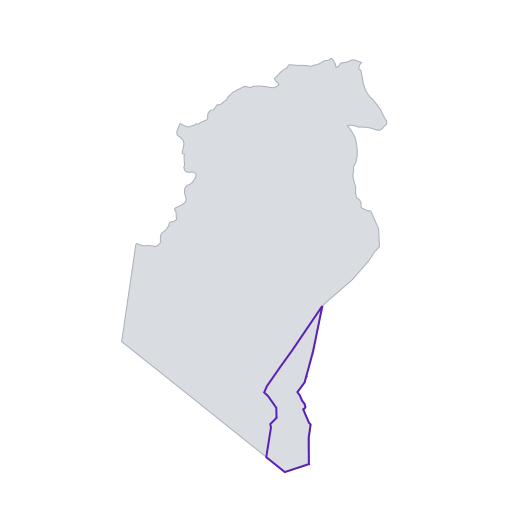 location of Tibesti Ouest, Tibesti, Chad, rotated 189°
{"feature_id": "50815135B44379234996248", "entity_name": "Tibesti Ouest", "entity_type": "district", "adm_level": 2, "iso_a3": "TCD", "parent_name": "Chad", "parent_adm1": "Tibesti", "projection": "robinson", "projection_center": [15.609, 20.194], "detail": "fine", "context": "in_parent", "style": "outline", "palette": "violet", "viewbox_px": 512, "rotation_deg": 189, "n_neighbors": 0, "source": "geoboundaries", "source_scale": "gbopen_adm2", "svg_char_len": 6659}
<svg xmlns="http://www.w3.org/2000/svg" viewBox="0 0 512 512"><g transform="rotate(189 256 256)"><path d="M375.3,150.3L375.4,162.0L375.6,173.7L375.7,185.4L375.9,197.1L376.0,208.7L376.1,220.4L376.3,232.1L376.4,243.8L376.5,247.6L376.2,249.2L376.1,249.4L375.6,249.6L370.2,248.5L367.8,248.5L364.5,249.4L359.6,249.8L356.4,249.7L354.2,251.7L352.5,254.1L353.4,259.9L353.3,261.8L352.6,263.8L351.1,265.5L349.7,266.9L348.8,268.1L347.7,270.7L346.9,271.9L347.0,273.6L346.7,275.3L345.8,276.2L343.5,276.9L342.1,277.6L340.9,278.9L340.1,279.8L340.5,281.0L341.1,282.7L341.5,285.3L341.7,286.8L342.9,288.0L343.5,288.9L343.8,290.0L343.1,290.9L340.4,292.8L339.2,293.5L338.0,294.4L337.5,294.8L335.5,296.6L334.4,298.1L333.9,299.5L334.0,301.3L335.0,304.0L336.2,306.3L336.6,308.1L336.9,310.0L336.8,311.8L336.2,313.3L335.2,314.8L331.4,317.4L329.5,320.4L328.0,323.9L327.7,325.9L328.1,327.2L328.9,328.3L330.0,328.8L331.7,329.0L334.5,328.4L337.0,328.0L339.8,329.3L341.2,332.3L340.7,334.5L341.7,338.4L342.7,343.2L342.6,344.8L343.0,345.4L344.7,345.7L345.1,346.8L344.6,355.2L345.4,357.6L346.6,359.2L347.9,360.1L349.2,361.2L349.9,362.0L351.4,362.2L353.1,363.7L353.6,365.8L353.5,367.7L352.5,372.0L351.7,374.8L350.8,374.7L348.7,373.9L346.3,373.3L343.3,372.8L340.5,374.0L337.4,375.5L336.4,376.6L335.6,377.3L334.2,377.2L333.0,377.4L332.3,378.5L331.2,379.6L326.8,382.1L325.8,383.0L325.3,383.9L325.3,384.8L325.7,386.8L325.7,389.3L324.8,391.3L323.6,392.7L322.3,393.2L321.2,393.5L320.5,394.3L318.2,398.9L317.2,399.7L315.2,399.6L309.3,406.4L308.8,408.4L306.6,411.3L303.9,414.5L301.5,416.0L301.3,416.6L300.7,417.2L299.2,417.9L294.0,421.8L287.8,421.6L285.1,423.1L282.4,423.8L278.5,424.6L277.3,424.5L272.3,424.8L266.5,424.7L264.2,425.2L262.1,426.7L260.5,428.0L260.3,428.4L260.6,429.0L260.5,429.4L264.6,432.5L265.6,434.1L264.6,435.6L264.1,435.8L263.4,437.1L261.0,440.7L257.3,444.9L255.5,446.1L254.7,446.9L253.7,449.7L253.1,450.1L250.6,450.4L245.6,450.7L238.7,451.7L234.6,452.0L232.0,451.7L228.4,453.6L227.1,454.1L226.3,454.3L222.8,456.2L219.8,459.1L218.7,459.6L214.6,460.9L212.9,462.9L212.1,463.0L209.4,460.4L207.6,458.0L206.7,455.6L206.6,454.8L206.1,454.9L204.6,456.0L203.4,457.2L202.8,459.6L198.4,461.1L194.7,462.5L193.1,464.2L190.5,465.0L187.1,464.7L184.6,464.0L182.0,463.7L183.3,461.6L183.7,460.1L183.8,458.1L183.7,456.8L182.1,456.2L181.2,455.1L179.0,449.1L176.8,442.8L173.7,436.7L170.3,432.8L167.8,430.4L167.0,430.1L165.7,429.3L164.8,428.6L160.3,424.4L155.6,419.8L154.4,417.6L152.1,414.5L149.5,411.2L148.1,409.7L147.5,407.0L149.3,404.6L151.2,401.5L153.6,399.5L156.7,399.3L161.7,400.2L167.2,400.4L172.6,399.8L174.1,399.4L175.4,399.4L178.4,400.1L183.5,400.0L186.1,398.7L183.2,396.6L180.2,393.2L177.4,389.6L175.6,386.2L174.1,381.9L172.6,376.6L171.7,369.8L171.8,365.9L172.3,363.1L173.8,358.6L172.8,355.9L173.0,353.8L172.9,350.6L172.4,349.0L170.4,343.7L170.0,343.2L168.3,339.5L167.5,333.4L165.6,329.4L162.4,327.5L160.6,325.1L159.9,320.9L158.7,319.8L153.7,318.4L149.6,318.3L146.6,313.6L142.7,307.6L139.1,302.0L136.8,290.7L135.5,284.3L137.0,282.3L140.0,277.7L143.8,268.9L152.3,255.4L156.6,248.4L165.3,238.0L176.0,225.3L181.9,218.1L182.9,205.0L183.9,191.2L184.7,180.7L185.7,168.3L186.5,157.9L187.1,150.4L187.9,139.7L188.6,137.6L192.7,129.2L193.1,128.1L192.3,126.7L186.4,119.6L184.5,118.0L183.5,114.3L185.0,112.2L177.9,100.2L176.1,98.8L175.3,97.3L175.3,95.1L175.1,86.9L173.3,73.9L170.8,58.7L179.1,54.4L185.4,51.2L193.5,47.0L201.0,51.3L211.8,57.5L222.6,63.7L233.5,69.8L244.3,76.0L255.2,82.2L266.0,88.4L276.9,94.6L287.8,100.8L298.7,107.0L309.6,113.2L320.6,119.4L331.5,125.6L342.4,131.8L353.4,138.0L364.3,144.2L375.3,150.3Z" fill="#d9dde1" stroke="#a8b0b8" stroke-width="1"/><path d="M214.4,58.9L193.8,47.1L171.3,58.7L171.2,58.7L171.3,58.9L171.4,59.5L171.5,60.5L171.8,61.8L171.8,62.2L171.9,62.7L171.9,62.8L172.1,63.8L172.3,65.1L172.4,65.7L172.8,68.3L173.1,69.9L173.4,71.6L173.8,74.2L173.9,74.8L174.0,74.8L174.0,75.1L174.0,75.3L174.4,77.3L174.5,78.1L174.5,78.3L174.6,78.6L174.6,79.2L175.0,81.3L175.3,83.2L175.3,83.3L175.4,84.3L175.5,84.6L175.6,85.1L175.6,85.4L175.6,85.8L175.6,87.9L175.6,88.4L175.6,88.9L175.6,90.1L175.6,90.6L175.6,90.9L175.6,91.1L175.7,94.5L175.7,97.1L175.7,97.5L175.7,98.1L175.8,98.2L177.4,99.4L177.8,99.7L177.9,99.9L177.9,100.0L178.0,100.2L178.5,100.9L178.7,101.3L179.0,101.7L179.2,102.1L179.3,102.2L179.5,102.6L180.3,103.9L180.6,104.3L180.8,104.6L181.3,105.4L181.5,105.8L181.7,106.1L181.9,106.4L182.0,106.5L182.2,106.8L182.5,107.4L183.0,108.1L184.7,110.8L185.4,112.0L184.7,112.6L184.3,113.0L184.1,113.2L183.9,113.4L183.7,113.7L183.7,113.9L183.6,114.1L183.7,114.5L183.7,114.8L183.8,114.8L183.8,115.0L184.1,115.7L184.3,116.2L184.4,116.4L184.6,116.9L185.1,117.6L185.7,118.3L186.3,118.7L187.0,119.4L187.7,120.2L188.1,120.7L188.4,121.1L188.5,121.3L188.7,121.6L189.1,122.3L189.7,123.2L189.7,123.3L190.1,123.8L190.2,124.0L190.7,124.8L190.8,125.1L191.3,125.6L192.1,126.3L193.5,127.7L193.6,127.8L193.8,128.1L193.7,128.2L193.5,128.7L192.0,131.6L191.9,131.7L191.5,132.5L190.2,135.0L190.0,135.4L189.0,137.2L188.5,138.2L188.4,138.4L188.3,138.5L188.2,139.2L188.1,139.5L188.1,139.8L188.0,141.3L188.0,141.5L187.9,141.8L187.8,142.8L187.8,143.0L187.7,143.1L187.7,143.3L187.7,143.5L187.7,143.9L187.6,144.7L187.5,145.2L187.5,145.4L187.4,145.4L187.5,145.6L187.4,145.9L187.4,146.1L187.3,146.3L187.4,146.5L187.3,147.2L187.2,147.9L187.1,149.0L187.0,149.6L187.0,149.8L186.9,150.8L186.8,151.2L186.6,152.9L186.6,153.3L186.5,153.6L186.5,153.8L186.5,154.5L186.4,154.9L186.1,157.5L186.1,157.8L186.0,158.4L186.1,158.6L186.0,159.1L185.7,160.9L185.7,161.0L185.7,161.3L185.7,161.5L185.6,162.3L185.5,162.5L185.4,164.1L185.4,164.3L185.2,166.2L185.1,166.5L185.1,166.8L185.0,167.6L184.9,168.6L184.8,169.3L184.8,169.5L184.7,169.8L184.7,170.1L184.7,170.4L184.7,170.9L184.6,172.8L184.5,173.4L184.5,173.5L184.5,173.9L184.5,174.2L184.5,174.9L184.4,176.1L184.4,176.7L184.4,177.5L184.2,180.8L184.2,181.2L184.2,181.9L184.1,183.9L184.1,184.0L184.0,185.7L184.0,187.3L183.9,189.4L183.8,190.7L183.8,191.5L183.8,191.8L183.8,192.6L183.7,192.6L183.7,193.3L183.7,193.5L183.7,194.0L183.6,194.7L183.6,194.8L183.6,195.7L183.5,196.9L183.6,197.1L183.6,197.3L183.5,197.7L183.4,199.7L183.4,199.8L183.4,200.0L183.4,200.5L183.3,203.9L183.2,205.6L183.1,207.2L183.1,207.5L183.1,208.1L183.0,208.9L183.0,209.4L183.0,209.6L183.0,210.4L183.0,210.8L183.0,211.2L182.9,211.5L182.9,212.0L182.9,213.0L182.8,213.4L182.8,213.7L182.8,214.6L182.8,215.0L182.8,215.5L182.8,216.0L182.7,216.3L182.7,216.5L182.7,217.0L183.0,216.4L205.7,168.0L214.3,151.0L225.0,128.9L225.2,127.8L225.2,127.6L225.7,126.0L226.6,122.5L222.3,119.6L217.0,114.2L212.2,109.2L210.5,99.8L210.3,99.5L215.6,92.2L214.4,89.1L214.4,80.2L214.4,58.9Z" fill="none" stroke="#5b21b6" stroke-width="2"/></g></svg>